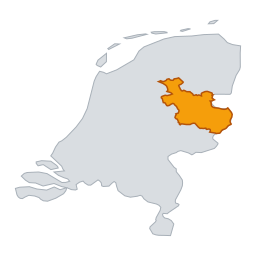 Overijssel on a map of Netherlands (Natural Earth projection)
{"feature_id": "NLD-899", "entity_name": "Overijssel", "entity_type": "Province", "adm_level": 1, "iso_a3": "NLD", "parent_name": "Netherlands", "parent_adm1": "", "projection": "natural_earth1", "projection_center": [6.317, 52.481], "detail": "fine", "context": "in_parent", "style": "filled", "palette": "amber", "viewbox_px": 256, "rotation_deg": 0, "n_neighbors": 0, "source": "natural_earth", "source_scale": "10m", "svg_char_len": 5561}
<svg xmlns="http://www.w3.org/2000/svg" viewBox="0 0 256 256"><path d="M170.5,235.6L164.5,235.4L158.9,235.3L156.0,234.9L152.8,233.8L151.4,231.4L149.7,228.6L150.1,226.8L155.4,221.9L156.2,220.5L155.7,219.8L156.2,217.6L160.2,210.3L160.8,207.3L159.0,205.3L156.4,204.0L147.9,201.9L143.9,198.8L142.1,196.1L140.2,195.3L137.4,196.2L130.4,197.2L124.8,195.8L118.1,190.7L116.6,186.2L115.8,182.7L114.1,181.5L111.8,183.3L109.0,186.1L103.3,186.5L101.7,185.8L101.5,184.2L101.2,182.7L99.6,180.9L98.0,179.9L90.8,185.1L88.1,185.1L84.8,183.0L83.1,181.1L79.5,182.2L76.1,184.6L77.2,189.2L75.5,190.0L71.4,189.6L66.8,187.7L61.7,186.6L54.0,183.5L43.1,186.0L35.6,183.0L29.3,182.6L25.5,180.2L21.3,176.1L24.3,173.4L27.2,172.5L38.7,172.0L47.0,173.6L61.9,182.5L65.7,182.4L69.7,181.3L67.7,178.9L63.9,177.7L58.4,175.3L54.0,172.0L64.4,170.9L63.0,169.2L61.7,166.2L50.8,155.9L52.7,153.1L55.5,147.1L59.0,142.1L61.8,140.8L66.3,137.3L76.2,126.9L82.5,118.5L87.2,108.6L94.2,81.1L96.2,76.5L99.6,71.3L103.6,72.3L106.5,73.8L116.6,69.9L133.9,59.8L139.0,51.0L144.0,46.9L163.9,39.0L174.8,36.6L191.7,36.0L203.9,34.6L218.5,34.1L224.1,39.0L227.3,42.6L232.6,44.6L240.6,45.9L240.2,53.0L240.3,67.0L239.7,69.5L236.1,75.4L232.3,86.0L231.3,93.0L230.1,94.3L214.7,94.2L212.5,95.5L212.2,97.0L213.0,98.8L212.6,100.5L211.4,102.0L212.1,104.3L214.8,106.9L219.6,108.6L224.9,108.7L227.6,108.4L229.5,110.3L231.5,113.2L231.3,116.9L230.6,121.8L228.1,126.3L221.0,131.5L217.8,133.3L214.8,134.3L213.4,135.7L212.7,137.4L212.9,139.0L218.0,143.2L217.9,144.1L216.4,146.3L214.4,148.4L201.3,152.6L195.9,152.3L192.8,154.4L191.8,154.8L188.4,152.9L180.8,150.6L177.9,151.4L176.3,152.6L171.5,154.1L168.0,156.5L168.0,159.5L174.1,167.3L176.2,168.8L176.3,171.8L179.3,175.4L182.3,180.0L182.6,182.9L182.3,185.9L180.7,190.1L175.4,199.9L175.3,201.8L175.8,203.2L177.6,203.6L179.0,204.4L178.6,205.7L168.6,212.5L167.3,213.7L163.2,213.4L162.5,214.5L163.1,216.4L164.7,218.0L168.3,218.8L171.3,220.6L173.8,224.0L170.5,235.6ZM66.8,187.7L65.9,190.6L63.6,193.7L55.8,198.2L47.6,201.2L43.4,200.8L40.6,199.2L39.1,197.6L34.7,196.0L28.8,195.3L25.1,197.0L22.4,198.6L20.1,198.3L18.3,197.0L17.0,194.9L15.4,188.4L19.8,187.2L29.4,186.7L36.9,189.0L46.7,190.1L54.2,187.0L60.1,189.7L66.8,187.7ZM50.8,161.2L56.5,165.3L57.7,166.6L58.2,168.0L50.9,169.6L43.2,164.6L38.1,165.8L36.2,163.4L36.2,161.9L41.5,160.7L50.8,161.2ZM106.4,61.7L100.7,67.0L97.2,65.5L96.1,64.3L98.0,60.1L106.5,53.3L106.4,61.7ZM132.1,38.2L126.7,38.8L124.2,37.8L137.3,34.8L145.5,33.9L147.0,34.3L132.1,38.2ZM167.1,32.8L155.7,34.0L151.8,33.1L151.2,32.2L154.3,31.7L164.0,31.6L167.0,32.3L167.1,32.8ZM119.5,44.0L108.7,49.5L107.8,48.6L114.7,43.8L119.5,44.0ZM213.8,23.6L208.4,23.8L209.9,21.9L214.9,20.4L217.6,20.4L213.8,23.6ZM190.5,28.9L182.4,31.4L180.4,30.9L180.9,30.2L188.1,28.6L190.5,28.9Z" fill="#d9dde1" stroke="#a8b0b8" stroke-width="1"/><path d="M213.0,94.8L212.0,95.4L212.5,96.1L212.4,96.8L212.1,97.4L212.1,98.1L212.5,98.5L214.4,99.8L211.2,101.1L210.2,101.1L211.0,102.3L211.2,103.6L211.3,105.0L211.6,106.1L212.8,107.1L214.3,107.7L218.9,108.2L221.9,109.1L223.6,109.3L225.1,109.3L226.6,108.9L227.1,108.5L227.5,108.0L227.8,107.9L231.4,112.4L232.2,114.3L231.8,117.1L230.6,119.2L230.2,120.3L230.1,121.7L230.7,123.3L231.0,123.8L231.2,124.0L231.0,124.4L228.4,125.6L227.8,126.2L226.4,128.0L225.3,128.8L222.8,129.7L221.6,130.6L220.3,132.7L219.6,133.2L216.1,133.5L215.4,133.1L209.7,132.1L210.3,131.0L210.3,130.6L210.3,129.9L210.2,129.6L210.0,129.4L209.8,129.3L209.2,129.1L208.8,129.0L206.7,129.4L206.2,129.2L206.2,128.7L206.0,128.3L205.6,128.2L205.3,128.2L203.6,128.5L201.4,128.3L200.0,128.4L198.3,127.1L195.5,123.9L195.4,123.8L195.1,123.4L193.3,123.2L191.3,123.8L190.5,124.4L189.9,124.5L186.2,124.5L182.1,123.9L181.5,123.9L181.4,123.9L180.8,124.3L180.4,124.8L180.1,124.8L179.6,124.4L179.4,124.2L179.4,123.9L179.6,123.4L179.5,123.0L179.2,122.9L178.5,122.6L178.3,122.5L178.2,122.2L178.3,122.0L178.3,121.4L177.3,119.2L176.1,118.8L175.8,118.5L175.2,117.8L175.0,117.6L175.1,117.0L175.6,115.4L176.2,114.8L176.1,114.4L175.8,113.9L176.0,113.8L176.1,113.7L178.1,113.2L178.9,111.4L179.0,110.6L178.9,110.3L178.8,110.1L177.6,108.8L177.2,107.8L176.6,106.7L176.3,106.2L175.8,105.9L174.8,105.0L174.4,104.4L174.0,103.9L173.6,103.7L172.9,103.4L171.2,104.1L169.3,105.4L167.6,105.8L167.1,105.7L166.7,105.5L165.5,103.6L164.8,102.7L164.2,102.7L163.3,102.6L162.2,98.5L161.3,97.9L161.3,97.0L162.0,96.4L165.0,95.3L165.8,95.3L166.1,95.4L167.0,95.6L167.6,95.5L170.4,94.8L172.3,94.0L171.0,92.8L169.8,92.3L167.5,91.7L167.0,91.6L166.8,91.4L167.4,91.0L167.6,90.6L167.9,90.2L167.5,88.2L166.7,86.3L166.3,85.8L165.6,85.1L162.9,83.4L158.6,81.6L160.8,80.7L161.5,81.2L161.7,81.3L163.3,81.5L163.7,81.5L164.1,81.4L165.8,80.6L166.1,80.4L166.4,80.1L166.6,79.8L166.7,79.5L166.9,79.4L167.2,79.2L168.4,79.0L168.6,78.9L168.8,78.8L169.2,78.9L169.9,79.7L170.4,80.0L170.7,80.2L173.0,80.3L173.8,79.5L173.9,79.4L173.9,79.1L174.0,79.0L174.1,78.9L175.1,78.7L176.2,78.6L178.7,77.9L181.6,80.6L182.0,80.9L182.6,81.5L183.2,82.1L182.9,82.7L180.8,84.4L179.3,84.9L178.7,85.7L180.7,89.8L181.0,90.0L181.4,90.5L181.5,90.7L181.8,90.8L182.2,90.9L182.6,90.9L183.1,90.7L183.4,90.4L183.8,90.3L184.7,90.6L186.5,91.6L187.0,91.7L189.8,91.7L190.0,91.7L190.5,92.3L191.4,92.9L192.4,93.7L192.9,94.2L193.3,95.2L193.4,95.3L193.6,95.4L194.0,95.4L195.4,95.1L195.8,94.9L196.1,94.7L196.4,94.8L196.7,95.1L196.9,95.3L197.2,95.5L197.6,95.4L198.0,95.2L198.3,95.0L198.7,95.0L199.1,95.0L201.5,95.9L201.3,93.7L201.4,93.4L202.2,92.8L205.0,91.6L206.7,91.4L207.5,91.4L211.7,92.9L212.0,93.1L212.2,93.3L212.2,93.9L212.3,94.5L213.0,94.8L213.0,94.8Z" fill="#f59e0b" stroke="#b45309" stroke-width="1.5"/></svg>